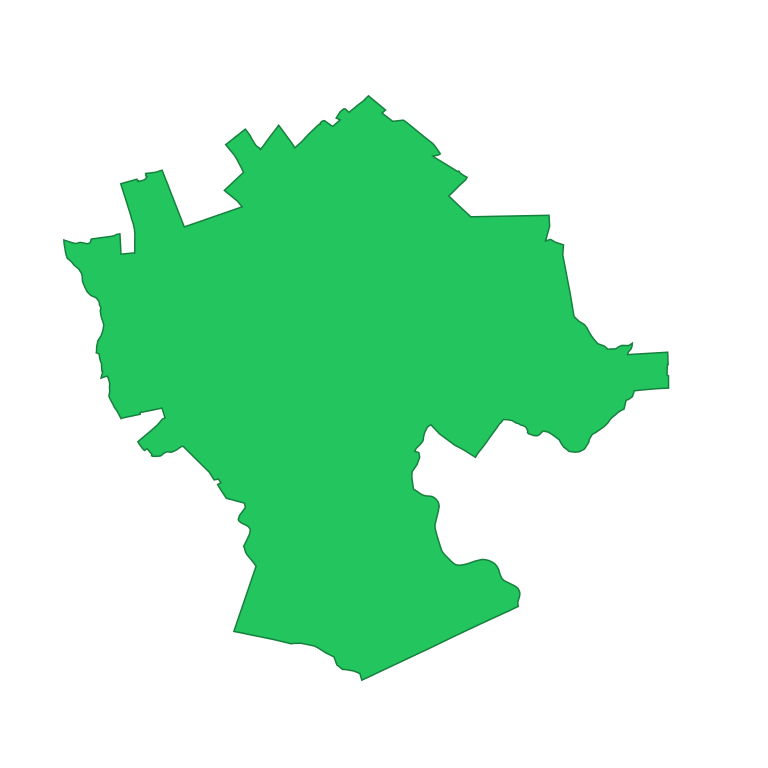 outline of Sanmartin, Bihor, Romania, rotated 348°
{"feature_id": "2599482B24432048687552", "entity_name": "Sanmartin", "entity_type": "district", "adm_level": 2, "iso_a3": "ROU", "parent_name": "Romania", "parent_adm1": "Bihor", "projection": "equal_earth", "projection_center": [21.97, 46.975], "detail": "fine", "context": "isolated", "style": "filled", "palette": "green", "viewbox_px": 768, "rotation_deg": 348, "n_neighbors": 0, "source": "geoboundaries", "source_scale": "gbopen_adm2", "svg_char_len": 6156}
<svg xmlns="http://www.w3.org/2000/svg" viewBox="0 0 768 768"><g transform="rotate(348 384 384)"><path d="M635.4,395.7L631.4,397.3L624.7,395.7L621.2,396.4L618.4,397.7L616.5,397.7L615.1,397.2L610.2,396.5L607.4,392.7L601.5,389.0L598.3,383.2L596.9,380.0L595.6,376.4L594.1,371.1L592.4,367.6L587.6,363.0L583.9,357.5L584.9,335.2L585.7,294.9L588.5,285.2L581.3,281.1L577.0,277.2L571.8,277.6L578.8,264.2L580.5,253.3L503.7,238.5L494.7,225.7L488.5,216.6L486.4,213.6L491.0,210.8L498.6,205.8L503.1,203.2L506.1,201.4L508.3,199.1L507.4,198.4L506.9,198.1L503.9,195.2L501.9,192.8L501.8,192.1L501.5,191.3L500.1,191.3L498.1,189.5L489.6,181.4L481.0,173.3L479.2,171.2L484.3,171.4L486.8,170.7L486.8,170.1L483.3,161.8L481.5,158.6L475.1,151.0L460.9,133.3L458.2,130.2L457.4,129.9L447.2,128.9L438.4,118.6L442.5,116.3L440.9,114.4L434.4,106.1L428.7,98.9L424.4,101.6L424.6,101.9L415.1,106.3L413.1,107.5L409.7,109.2L406.3,111.0L403.4,106.9L401.8,106.5L397.7,108.6L392.5,113.9L396.0,116.5L392.2,118.7L388.2,120.9L387.4,121.3L387.2,121.3L380.5,114.0L378.3,114.0L377.3,114.5L375.7,115.6L375.8,116.7L374.0,116.7L362.0,124.1L353.3,130.3L348.8,132.7L347.2,133.7L345.7,134.4L345.2,132.4L343.7,128.6L342.7,126.4L340.9,122.6L339.4,119.1L334.8,109.0L331.4,112.0L322.5,119.6L315.3,126.2L311.8,129.0L311.3,127.3L310.4,126.5L309.2,125.1L308.3,124.0L307.2,121.3L306.3,118.4L305.9,117.8L304.7,113.1L301.4,105.9L300.3,106.3L290.5,111.3L290.5,111.1L290.1,111.3L290.1,111.5L278.9,117.0L281.0,121.1L282.3,123.5L284.9,128.5L285.9,131.1L286.5,132.6L287.7,136.9L288.5,139.8L289.1,141.6L290.6,147.8L268.1,161.4L269.1,162.8L278.6,174.6L280.4,178.2L281.6,180.3L282.1,181.2L221.3,188.8L214.3,146.3L214.3,145.8L213.9,143.2L213.1,139.0L211.4,128.7L205.0,129.4L200.5,129.1L194.6,128.5L194.7,130.0L194.3,130.6L194.6,131.4L195.2,131.8L195.2,132.3L192.3,134.5L186.1,134.9L186.1,134.1L185.1,134.1L184.9,132.3L168.1,133.4L169.1,143.4L169.6,148.6L170.6,158.9L171.1,163.7L171.4,169.2L172.0,175.1L172.1,180.4L171.5,185.5L170.3,190.7L167.5,203.9L153.7,202.3L155.0,194.6L156.9,182.2L153.7,182.1L151.1,182.8L148.6,182.9L131.5,181.6L128.3,181.4L127.6,181.5L126.2,184.5L125.3,184.9L123.7,185.1L122.4,185.0L120.3,183.9L116.1,182.2L113.4,182.5L112.1,182.5L111.1,182.3L107.9,180.7L100.8,176.6L100.2,181.1L100.2,184.0L99.9,187.7L99.9,191.4L100.3,195.0L100.8,195.9L101.9,197.1L103.6,199.4L105.8,203.7L109.0,207.6L111.1,212.7L111.2,215.7L110.4,221.0L111.4,226.7L112.9,232.3L115.6,236.4L118.5,238.5L120.6,240.1L122.5,244.6L122.1,247.4L123.0,250.6L122.2,252.4L121.7,253.2L121.4,258.1L121.5,260.9L122.0,264.8L122.2,268.0L120.5,272.4L119.4,274.5L118.1,276.6L117.6,277.6L113.3,282.0L110.8,287.4L109.4,292.9L109.0,293.6L111.6,295.4L111.4,297.7L111.3,300.2L111.4,302.7L111.9,305.3L111.5,307.5L110.8,312.7L111.3,312.7L111.6,313.1L108.4,319.4L110.4,319.1L112.7,318.8L114.9,318.8L115.4,320.5L115.8,324.5L115.7,327.1L114.8,330.0L114.5,332.2L114.5,333.2L113.3,336.6L112.6,337.9L112.5,338.8L112.5,339.7L113.8,344.7L114.7,347.5L114.8,348.3L115.3,350.4L115.8,351.7L116.7,353.7L117.3,355.2L117.7,356.5L119.6,363.1L119.8,362.9L139.3,362.9L139.5,361.2L139.8,361.2L149.3,361.4L161.8,361.4L162.8,371.7L160.0,372.2L155.0,376.1L152.6,377.7L146.5,381.1L133.6,388.0L132.9,388.4L131.3,389.2L131.9,391.4L134.3,396.8L135.8,399.2L138.8,398.0L142.4,404.8L141.7,405.8L142.6,406.6L143.7,406.9L145.5,407.2L146.3,407.4L148.3,407.7L149.9,407.9L150.9,407.8L151.9,407.3L153.3,406.5L155.6,405.5L157.3,405.3L157.9,405.3L158.7,405.5L159.7,405.8L161.4,406.5L162.7,406.4L165.2,406.0L168.3,405.0L170.2,404.1L172.8,403.1L174.6,403.2L181.1,413.2L184.9,419.0L190.9,428.1L194.7,433.9L197.9,442.5L202.3,442.5L204.0,446.8L200.3,447.7L201.6,451.6L206.0,463.0L222.7,471.5L222.7,476.0L215.3,482.6L213.3,486.3L213.5,487.5L214.2,488.6L215.2,489.8L217.0,491.4L220.0,493.6L221.9,495.7L223.0,498.4L221.8,501.9L220.5,503.9L216.8,508.8L212.9,513.6L213.4,515.1L213.6,519.9L214.6,522.7L218.7,530.5L219.9,533.0L221.0,535.6L185.7,594.8L223.1,611.1L239.4,618.9L241.5,618.9L248.9,620.3L261.4,625.8L264.4,628.2L271.5,635.2L278.3,640.5L279.5,648.9L284.1,654.6L286.2,655.1L288.6,655.9L294.6,658.4L296.2,659.4L300.2,662.2L300.7,669.1L377.2,651.1L400.6,645.3L426.1,639.3L451.3,633.6L459.1,631.9L465.1,630.4L469.1,629.5L469.1,627.9L469.5,625.4L470.6,623.2L471.7,621.3L472.7,619.3L473.4,617.0L473.4,615.0L473.2,614.2L472.7,612.3L471.6,610.5L470.2,609.0L468.2,607.3L461.9,602.4L460.3,600.8L459.2,599.4L458.8,598.5L458.4,596.6L458.0,594.7L457.8,592.0L457.6,589.6L457.0,587.2L456.4,585.5L455.4,583.6L454.0,581.8L452.2,580.2L450.5,578.9L448.8,577.9L445.8,576.6L443.7,576.1L441.9,576.0L437.1,576.1L434.9,576.3L429.9,577.0L427.2,577.2L424.4,577.3L420.2,577.0L418.6,576.5L417.0,575.9L415.6,574.8L413.0,571.6L411.6,569.3L409.3,565.9L407.7,563.2L406.4,560.7L405.7,558.4L405.0,551.1L404.3,542.9L404.0,536.8L404.2,534.2L404.9,531.6L409.8,521.6L412.5,515.4L412.7,513.0L412.4,510.5L410.8,507.3L409.4,505.5L407.6,504.0L405.1,503.1L402.2,502.3L400.1,501.4L398.3,500.2L396.1,498.2L394.7,496.6L392.5,494.3L391.0,493.1L391.2,489.4L391.9,480.7L393.2,475.8L399.7,469.5L403.7,463.1L403.8,458.3L400.0,456.2L402.3,453.5L406.6,450.9L409.7,448.4L410.8,446.8L411.5,444.6L412.7,441.7L414.3,439.1L417.6,435.1L421.3,433.5L427.9,444.3L440.4,458.5L442.2,460.0L445.8,462.9L447.9,464.7L458.2,474.7L461.2,471.5L470.0,464.2L476.9,457.8L485.3,450.3L488.8,446.9L490.3,446.2L493.3,443.6L497.6,444.7L501.7,446.4L505.2,449.7L506.3,450.1L507.5,450.9L509.2,452.5L511.2,453.4L513.9,455.8L514.9,459.8L514.3,461.1L514.6,462.0L515.0,462.7L519.9,465.6L522.7,466.5L525.4,465.9L529.7,463.1L530.5,463.3L534.1,465.0L535.2,465.5L535.6,466.2L536.9,467.2L537.9,468.4L539.5,470.0L543.7,474.9L545.1,479.5L546.8,483.3L549.4,486.2L550.1,487.3L551.0,488.4L556.6,490.4L560.9,490.9L566.4,489.4L570.8,485.1L572.2,483.5L573.5,480.6L576.7,477.1L577.8,476.4L580.7,475.6L590.4,471.5L595.2,468.4L596.8,466.8L597.5,466.0L600.3,464.1L604.1,462.2L606.7,460.6L610.7,459.1L613.6,458.4L617.4,450.3L620.1,449.9L624.2,448.1L626.3,444.8L627.3,442.7L633.7,443.3L651.3,445.5L661.5,447.2L664.0,435.1L662.7,434.0L665.0,424.4L665.9,424.3L668.1,411.9L628.4,405.9L628.5,405.4L629.9,403.3L632.8,401.2L634.3,399.0L635.4,395.7Z" fill="#22c55e" stroke="#15803d" stroke-width="1.5"/></g></svg>